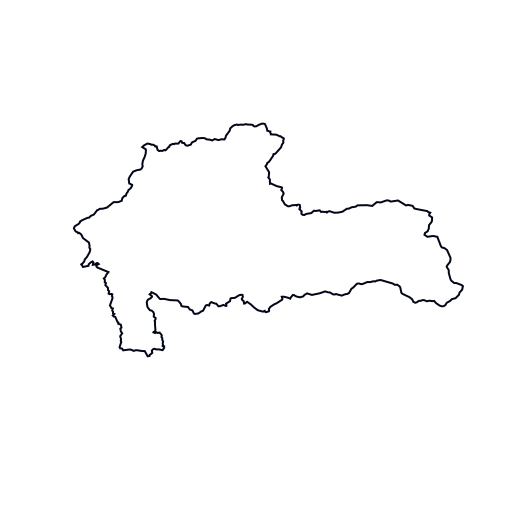 Pitalito, Huila, Colombia, rotated 232°
{"feature_id": "7082276B60713931967074", "entity_name": "Pitalito", "entity_type": "district", "adm_level": 2, "iso_a3": "COL", "parent_name": "Colombia", "parent_adm1": "Huila", "projection": "robinson", "projection_center": [-76.125, 1.831], "detail": "fine", "context": "isolated", "style": "outline", "palette": "ink", "viewbox_px": 512, "rotation_deg": 232, "n_neighbors": 0, "source": "geoboundaries", "source_scale": "gbopen_adm2", "svg_char_len": 6156}
<svg xmlns="http://www.w3.org/2000/svg" viewBox="0 0 512 512"><g transform="rotate(232 256 256)"><path d="M411.9,233.4L407.9,234.8L406.9,234.2L404.5,232.0L402.7,229.4L400.6,225.4L398.3,222.9L396.4,221.9L395.5,220.1L395.2,218.4L397.1,214.6L398.1,211.0L396.3,205.5L395.0,203.0L391.2,200.8L388.3,202.2L387.7,201.7L386.6,199.2L386.4,195.9L385.5,194.4L385.1,192.7L383.6,190.4L384.3,189.4L383.9,186.3L382.2,184.2L383.3,180.6L386.1,177.0L385.9,168.4L387.5,164.6L389.4,161.8L389.5,159.8L389.9,159.1L388.5,153.8L389.3,150.5L389.0,148.1L389.8,146.7L391.2,141.3L391.5,138.5L390.9,138.0L390.5,136.1L391.0,131.4L389.9,129.5L386.4,129.0L384.5,130.0L383.5,129.9L383.3,130.8L381.4,131.4L380.3,131.5L376.6,130.7L369.5,132.6L366.6,131.2L365.1,129.8L363.6,129.7L362.5,128.7L361.2,126.8L359.3,122.1L358.7,118.9L357.4,117.2L356.7,113.4L357.8,112.9L356.2,113.3L353.9,112.9L351.4,117.9L352.5,119.1L352.7,121.8L352.3,123.9L351.1,124.0L349.5,122.0L348.7,123.4L348.4,126.2L348.0,126.8L346.5,127.1L347.0,124.3L345.9,123.8L344.6,123.9L334.2,129.8L333.3,126.3L332.1,124.2L332.0,122.3L330.2,122.2L328.5,120.7L327.0,121.1L325.9,119.4L322.0,119.7L320.2,118.4L318.6,118.6L317.1,116.7L316.1,117.1L315.0,118.9L314.3,119.2L313.1,117.8L312.0,117.6L310.9,116.7L307.0,110.5L303.8,110.0L302.8,110.9L301.5,109.1L300.0,109.0L298.8,108.0L297.5,108.6L297.3,106.5L295.8,106.7L294.6,107.6L289.5,106.3L288.3,106.6L287.4,105.7L285.1,107.2L284.5,106.9L282.4,105.9L282.3,104.4L279.6,103.0L277.5,103.0L276.4,99.6L273.4,98.4L272.3,97.1L271.2,96.9L268.2,92.4L267.0,92.1L265.4,93.5L263.5,93.2L260.1,98.9L258.5,100.3L256.6,101.1L255.6,103.6L250.9,108.1L249.6,109.8L243.7,108.9L242.8,110.5L243.5,111.4L243.5,114.6L245.6,115.7L245.9,117.6L245.4,118.9L244.0,119.7L242.2,122.0L239.3,124.4L240.1,127.0L241.4,128.0L242.0,127.1L242.7,127.0L243.5,128.2L244.8,128.9L245.9,130.2L247.8,130.6L249.0,131.6L250.3,131.6L251.3,132.8L252.1,133.0L255.0,132.9L255.9,131.1L257.2,130.6L257.3,129.1L259.0,128.2L259.2,128.7L258.7,129.8L259.5,131.1L265.2,134.9L266.0,135.8L267.3,136.2L268.1,138.0L268.9,138.7L271.2,138.1L273.0,139.9L274.8,140.5L277.2,140.2L278.6,139.0L282.2,139.0L283.5,139.5L286.6,141.3L287.7,142.8L288.1,144.0L287.6,146.9L287.9,149.0L288.5,149.3L291.3,148.6L291.3,150.2L291.9,151.3L287.1,153.6L281.5,153.8L280.8,154.3L278.9,157.1L274.2,161.1L269.3,166.8L268.3,167.2L264.4,167.3L262.7,166.5L261.6,167.0L257.7,171.0L254.6,170.9L252.3,172.4L248.9,171.7L248.0,172.1L246.2,175.2L246.0,178.8L245.5,180.7L247.9,185.9L247.5,187.3L245.8,188.6L247.1,190.4L247.2,192.4L244.0,194.2L243.0,195.3L239.5,195.5L238.6,196.7L237.5,200.2L235.3,201.4L235.0,202.0L235.5,202.5L236.9,203.1L236.4,207.7L238.2,209.7L237.9,210.8L236.0,213.6L235.5,218.5L234.6,220.4L233.6,221.4L231.9,220.5L230.9,218.3L229.6,218.1L227.9,218.5L225.9,217.3L225.4,218.0L225.4,220.8L221.1,222.1L216.6,222.8L212.2,224.0L207.8,227.3L207.4,229.1L206.2,228.9L205.5,229.4L204.5,232.1L204.7,232.6L206.4,233.6L207.1,236.1L206.6,241.4L206.1,242.7L205.5,249.8L205.9,250.4L208.0,251.2L206.9,252.8L203.2,255.7L201.3,256.7L201.9,257.8L202.6,261.1L202.1,261.7L199.2,262.9L196.3,265.3L195.1,268.4L195.5,270.2L195.1,273.2L190.9,276.1L187.5,283.0L185.5,288.7L182.9,290.5L181.8,291.8L178.2,293.2L177.1,294.5L176.9,295.5L172.0,299.2L171.1,302.4L169.9,304.5L169.6,306.6L171.4,311.0L171.3,313.2L172.0,318.4L171.0,320.2L168.9,321.7L168.1,323.4L167.0,327.6L165.1,330.0L163.8,333.0L162.6,334.2L162.2,336.1L160.4,339.4L150.3,346.7L147.8,347.7L146.4,349.6L143.9,350.4L142.6,350.4L137.5,347.9L135.9,348.2L129.0,351.6L125.7,352.4L123.0,351.8L121.1,352.7L120.5,354.3L120.4,356.7L119.5,357.8L118.6,360.3L117.7,361.3L115.1,362.8L113.9,365.3L111.9,367.1L110.9,368.7L107.9,368.9L104.1,370.1L102.2,371.2L101.0,372.8L100.7,374.9L101.7,377.5L101.1,381.3L101.4,383.8L99.9,387.3L100.5,392.1L101.9,393.9L102.5,397.7L104.9,400.5L106.6,400.1L111.4,397.2L112.6,395.6L115.8,394.8L117.5,394.8L123.6,397.3L126.3,399.2L130.1,399.6L130.7,400.4L131.9,405.2L133.4,407.1L135.0,408.2L143.0,410.2L146.1,409.4L148.2,407.8L149.8,407.7L159.5,410.7L162.8,407.8L165.6,402.9L169.0,401.8L170.1,403.4L169.8,406.5L171.2,409.0L173.8,411.4L174.7,415.2L175.6,416.6L178.0,418.5L181.3,417.4L182.4,418.5L182.8,419.9L184.9,418.7L185.8,418.7L194.4,411.2L196.1,410.0L199.0,410.3L200.4,409.2L202.8,407.1L203.4,405.4L212.3,402.1L215.9,395.7L217.8,394.9L219.4,393.2L221.4,387.3L224.1,384.3L223.9,378.4L227.6,374.9L233.4,367.2L233.5,364.9L235.5,361.4L236.2,358.3L237.3,356.7L237.7,351.4L239.6,347.5L241.9,344.3L246.1,341.5L246.6,340.3L246.6,338.7L247.4,338.7L248.8,336.7L250.0,335.7L250.6,334.4L252.8,334.3L254.6,330.9L256.0,329.6L255.8,326.0L258.3,321.3L258.5,319.4L259.7,318.1L261.4,317.8L263.0,319.4L266.2,319.1L266.2,319.7L267.2,320.3L267.3,320.9L269.3,321.9L270.3,321.1L270.7,320.5L270.7,319.5L271.0,319.6L273.5,316.1L274.8,312.6L275.7,311.7L279.0,310.5L282.7,311.1L283.9,310.9L286.3,312.4L288.2,316.3L290.3,316.8L292.4,316.5L293.5,318.4L294.2,318.6L298.2,315.4L304.0,312.4L304.3,311.5L307.9,314.1L310.4,314.1L310.7,315.0L313.9,317.9L320.9,318.7L321.5,320.9L322.4,322.2L322.2,323.9L322.7,325.9L324.3,330.8L325.5,332.6L324.8,333.5L324.8,335.1L326.2,342.6L327.9,345.2L328.4,347.3L330.1,348.4L331.2,350.1L332.1,350.3L333.1,349.6L335.4,349.0L335.6,348.5L339.1,346.7L342.7,342.6L343.2,343.0L344.3,343.1L345.2,343.9L345.6,343.3L346.8,342.9L347.8,342.0L349.8,343.1L354.4,344.3L355.5,343.6L356.6,342.2L357.6,339.1L358.0,336.2L359.0,334.6L359.9,334.1L361.0,334.2L362.1,333.5L365.0,330.0L366.0,329.4L367.6,326.2L368.4,325.6L370.5,322.3L371.5,321.7L372.5,319.2L372.7,317.2L372.4,314.2L370.9,312.4L369.3,306.5L367.8,304.5L367.3,302.8L369.1,300.9L370.5,297.7L373.6,295.5L374.0,292.7L376.0,291.3L378.6,288.7L380.2,288.3L382.1,286.3L384.6,282.3L384.8,281.6L384.0,279.3L384.9,275.5L383.9,273.1L385.1,269.9L386.0,269.1L387.5,268.7L389.2,269.0L390.6,267.5L392.2,268.0L393.1,267.2L392.4,264.0L394.6,261.1L394.5,260.4L395.7,259.3L395.8,257.9L396.3,257.0L396.2,255.9L395.4,254.9L395.7,254.1L395.0,250.5L395.2,249.4L396.1,249.0L396.5,246.8L397.7,245.6L398.4,244.2L400.4,243.8L403.5,245.2L404.4,244.0L405.3,244.2L407.1,243.4L408.1,242.0L409.0,241.8L411.1,240.0L411.5,239.6L412.1,235.8L411.9,233.4Z" fill="none" stroke="#020617" stroke-width="2"/></g></svg>